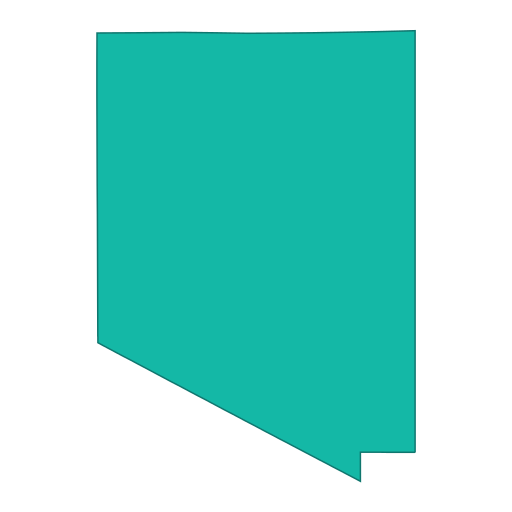 map outline of Al Kufrah (Mercator projection)
{"feature_id": "LBY-2965", "entity_name": "Al Kufrah", "entity_type": "Municipality", "adm_level": 1, "iso_a3": "LBY", "parent_name": "Libya", "parent_adm1": "", "projection": "mercator", "projection_center": [22.731, 23.273], "detail": "fine", "context": "isolated", "style": "filled", "palette": "teal", "viewbox_px": 512, "rotation_deg": 0, "n_neighbors": 0, "source": "natural_earth", "source_scale": "10m", "svg_char_len": 1581}
<svg xmlns="http://www.w3.org/2000/svg" viewBox="0 0 512 512"><path d="M360.4,481.3L353.6,477.7L346.9,474.2L340.1,470.6L333.3,467.1L326.6,463.5L319.8,460.0L313.0,456.4L306.3,452.9L299.5,449.3L292.8,445.8L286.0,442.2L279.2,438.7L272.5,435.1L265.7,431.6L259.0,428.0L252.2,424.4L245.4,420.9L238.7,417.3L231.9,413.7L225.1,410.2L218.4,406.6L211.6,403.0L204.9,399.4L198.1,395.9L191.3,392.3L184.6,388.7L177.8,385.1L171.0,381.6L164.3,378.0L157.5,374.4L150.8,370.8L144.0,367.2L137.2,363.6L130.5,360.0L123.7,356.5L116.9,352.9L110.2,349.3L103.4,345.7L97.9,342.7L97.9,338.1L97.9,337.5L97.9,336.8L97.8,336.2L97.8,335.6L97.8,335.0L97.8,334.4L97.8,333.7L97.8,333.1L97.7,303.7L97.6,274.2L97.5,244.6L97.4,214.8L97.2,185.0L97.1,155.0L97.0,124.9L96.9,94.7L96.9,63.9L97.0,33.0L115.6,32.9L134.2,32.8L158.1,32.6L182.0,32.4L214.8,32.8L247.7,33.3L279.7,33.1L311.7,32.8L343.7,32.3L375.7,31.7L395.9,31.2L415.1,30.7L415.1,42.3L415.1,54.3L415.1,72.2L415.1,90.0L415.1,107.8L415.1,125.5L415.1,143.2L415.1,160.8L415.1,178.4L415.1,195.9L415.1,213.4L415.1,230.9L415.1,248.4L415.1,265.8L415.1,283.1L415.1,300.4L415.1,317.7L415.1,335.0L415.1,342.3L415.1,349.7L415.1,357.0L415.1,364.3L415.1,371.7L415.1,379.0L415.1,386.3L415.1,393.6L415.1,400.9L415.1,408.2L415.1,415.5L415.1,422.8L415.1,428.3L415.1,433.9L415.1,439.4L415.1,445.0L415.1,451.5L415.1,451.9L415.0,452.0L414.9,452.1L414.6,452.2L414.5,452.3L414.4,452.3L408.9,452.3L400.9,452.3L394.2,452.3L387.4,452.3L380.1,452.2L373.9,452.2L369.2,452.2L360.4,452.2L360.4,459.5L360.4,466.8L360.4,474.0L360.4,481.3Z" fill="#14b8a6" stroke="#0f766e" stroke-width="1.5"/></svg>